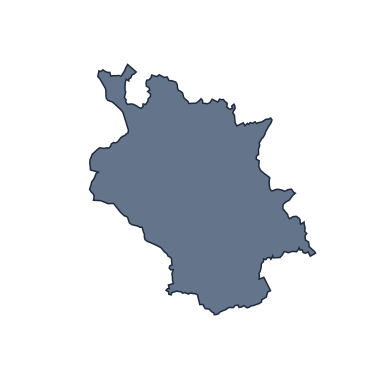 outline of Passo Fundo, Rio Grande do Sul, Brazil, rotated 207°
{"feature_id": "56859067B65204532927466", "entity_name": "Passo Fundo", "entity_type": "district", "adm_level": 2, "iso_a3": "BRA", "parent_name": "Brazil", "parent_adm1": "Rio Grande do Sul", "projection": "robinson", "projection_center": [-52.438, -28.266], "detail": "fine", "context": "isolated", "style": "filled", "palette": "slate", "viewbox_px": 384, "rotation_deg": 207, "n_neighbors": 0, "source": "geoboundaries", "source_scale": "gbopen_adm2", "svg_char_len": 4267}
<svg xmlns="http://www.w3.org/2000/svg" viewBox="0 0 384 384"><g transform="rotate(207 192 192)"><path d="M56.0,194.7L59.7,195.6L62.8,196.6L65.4,200.4L69.0,200.7L71.5,204.2L70.9,207.1L73.7,208.0L74.9,211.3L77.5,214.3L78.5,216.1L80.6,212.6L81.9,214.1L83.0,216.2L85.0,217.3L88.1,217.7L90.8,215.9L92.9,212.5L95.0,213.5L96.4,215.2L98.5,216.3L100.9,217.2L103.4,218.4L104.5,220.4L105.1,222.7L103.3,226.6L101.7,228.7L100.5,235.3L99.4,237.8L101.5,238.0L104.7,239.7L107.5,237.7L109.9,234.5L111.6,234.7L113.6,234.3L116.4,233.6L118.6,232.2L120.4,229.9L122.0,229.1L124.0,230.2L125.5,232.2L127.8,235.9L129.3,240.1L136.9,241.4L141.1,242.6L144.1,245.1L146.4,250.4L149.7,250.4L150.9,253.2L149.7,255.7L152.1,260.0L152.8,264.2L154.4,266.2L154.2,268.5L154.1,271.1L153.4,273.1L153.2,276.4L153.8,279.7L153.6,282.2L153.6,284.7L153.0,289.1L153.4,292.5L155.6,293.6L157.0,291.6L159.1,290.4L160.6,287.8L161.7,286.0L164.3,284.0L165.5,282.4L167.7,283.2L169.3,280.6L171.7,280.3L172.2,278.0L173.8,278.3L174.9,275.1L177.7,276.9L182.0,271.3L184.9,273.1L189.0,279.6L191.8,281.2L191.7,284.0L191.5,286.0L193.0,288.3L194.5,289.3L195.6,286.6L194.0,284.7L196.2,282.8L199.5,283.6L201.0,287.1L203.8,287.6L206.1,288.7L207.8,287.5L209.5,287.4L209.9,283.8L216.2,283.8L216.6,279.8L218.2,277.7L220.4,276.9L222.6,276.0L224.4,278.5L226.3,279.2L226.9,276.9L227.8,274.8L228.7,273.1L230.3,272.1L235.0,269.4L236.5,270.8L238.4,271.3L240.2,271.6L242.1,272.3L243.9,274.3L245.4,276.0L248.1,276.6L250.3,276.4L252.1,278.1L254.0,281.1L256.4,282.6L260.0,282.1L263.2,280.9L266.3,283.2L268.9,281.5L271.4,281.5L274.4,281.6L275.7,278.8L281.0,277.9L280.4,275.1L281.2,272.5L283.1,271.0L282.3,268.0L280.7,265.6L278.0,265.5L275.9,263.8L277.2,261.5L273.4,260.4L272.4,258.2L273.4,255.3L272.5,252.4L273.1,249.0L275.6,248.2L274.4,245.4L275.5,243.4L277.8,243.2L280.6,243.6L284.4,243.5L286.7,242.6L289.3,240.7L291.9,242.1L292.6,244.3L295.2,245.5L296.5,251.1L298.0,252.4L299.9,256.4L301.2,259.3L301.8,262.5L298.8,262.3L299.6,264.1L298.4,265.8L298.6,269.4L297.2,270.8L296.2,273.6L307.3,276.4L307.4,273.3L307.1,268.8L307.7,263.1L310.3,262.5L312.7,261.0L315.2,259.8L316.7,258.4L318.2,259.7L319.5,261.3L321.5,260.2L324.0,260.0L326.8,260.4L328.0,257.9L329.9,257.7L328.4,252.1L325.3,250.9L322.6,249.2L319.2,246.9L316.7,245.4L315.0,243.6L313.6,241.1L312.3,238.6L311.1,236.8L308.8,235.5L306.4,235.7L303.9,236.0L301.2,235.4L295.7,233.9L292.8,233.0L289.9,231.7L287.3,229.2L285.4,227.2L283.9,225.7L281.9,223.6L280.0,221.6L278.7,220.3L277.0,218.6L275.8,215.9L276.9,214.0L277.4,211.9L279.0,210.2L280.2,208.0L280.5,205.7L280.9,203.3L282.4,201.0L284.5,200.4L285.7,198.1L285.3,195.5L286.1,193.3L288.0,192.7L290.0,191.0L292.4,190.1L294.4,189.5L295.6,186.8L296.9,183.2L298.1,180.2L297.7,177.7L297.6,175.1L296.8,172.5L295.5,170.3L294.1,168.2L292.5,165.6L286.4,166.7L284.5,167.1L285.8,164.7L285.3,159.6L286.0,155.6L285.2,152.5L284.4,147.8L282.0,146.4L279.4,145.5L277.9,144.5L276.9,142.9L276.1,139.9L269.2,142.9L261.5,143.5L256.7,146.2L246.5,141.5L241.5,140.0L239.7,140.5L237.7,140.0L233.8,136.1L231.0,135.6L228.3,136.2L224.4,137.1L222.6,136.9L220.4,137.9L217.4,134.6L215.0,132.5L214.2,130.4L212.2,128.2L209.3,127.7L206.9,128.0L198.2,128.4L194.4,128.3L189.4,126.1L186.2,125.6L184.2,124.0L181.7,124.1L179.9,123.1L178.0,119.8L176.5,118.0L178.1,116.4L177.9,114.0L175.7,112.9L173.4,114.3L172.8,110.1L171.0,107.6L169.3,104.5L167.1,102.0L170.8,98.4L168.4,95.6L170.0,94.7L170.4,92.5L167.7,92.5L166.3,90.4L163.9,90.8L164.2,93.3L160.7,96.6L156.3,98.1L154.4,97.6L152.9,99.0L148.7,99.5L147.7,101.3L144.9,101.9L143.2,102.9L140.4,102.8L133.9,95.2L131.3,96.7L129.5,95.5L127.3,94.1L123.5,95.4L120.0,94.2L117.9,94.3L116.5,92.8L114.8,93.8L113.2,95.5L112.6,97.8L108.2,103.0L106.9,105.7L102.6,107.8L102.1,110.3L99.6,112.2L97.8,110.5L95.6,111.9L94.3,114.3L90.3,113.8L88.5,115.7L87.7,117.5L86.1,118.3L84.1,120.5L81.6,123.0L80.1,125.5L81.0,127.5L78.1,132.1L79.2,137.1L77.2,139.7L89.3,148.6L92.7,144.7L93.4,146.9L95.2,149.7L95.4,153.3L96.3,156.4L97.6,159.6L96.7,162.4L97.7,164.9L95.5,165.2L94.9,167.9L92.8,168.9L91.2,167.9L91.1,171.8L89.7,170.2L83.8,173.6L83.0,176.7L82.7,181.0L78.6,181.6L75.6,184.7L71.7,186.2L71.2,188.1L71.4,190.9L69.4,189.3L67.6,190.5L65.5,188.5L63.1,188.9L61.3,191.3L57.5,188.5L54.1,193.6L56.0,194.7Z" fill="#64748b" stroke="#1e293b" stroke-width="1.5"/></g></svg>